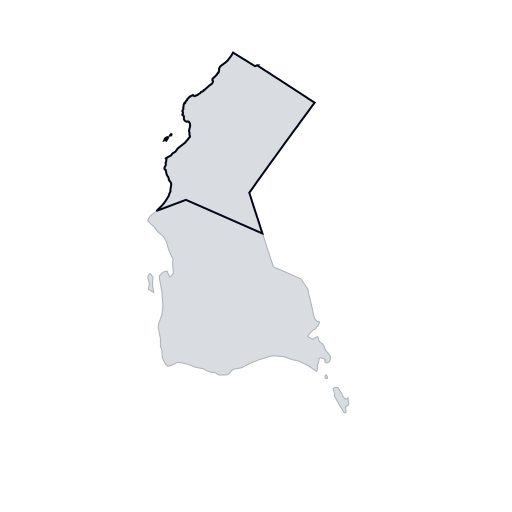 location of Dhofar within Oman, rotated 145°
{"feature_id": "OMN-2411", "entity_name": "Dhofar", "entity_type": "Province", "adm_level": 1, "iso_a3": "OMN", "parent_name": "Oman", "parent_adm1": "", "projection": "albers", "projection_center": [54.841, 18.87], "detail": "fine", "context": "in_parent", "style": "outline", "palette": "ink", "viewbox_px": 512, "rotation_deg": 145, "n_neighbors": 0, "source": "natural_earth", "source_scale": "10m", "svg_char_len": 6215}
<svg xmlns="http://www.w3.org/2000/svg" viewBox="0 0 512 512"><g transform="rotate(145 256 256)"><path d="M158.0,435.6L155.9,430.7L153.8,425.7L151.7,420.8L149.6,415.9L148.1,412.5L145.6,411.2L144.1,407.6L142.6,403.9L141.1,400.2L139.6,396.4L138.0,392.7L136.5,389.0L135.0,385.2L133.5,381.5L132.0,377.8L130.5,374.1L129.0,370.3L127.5,366.6L126.0,362.9L124.5,359.1L123.0,355.4L121.5,351.7L120.0,348.0L125.0,346.3L131.0,344.2L137.1,342.2L143.1,340.2L149.2,338.1L155.2,336.0L161.3,334.0L167.3,331.9L173.3,329.8L179.4,327.7L185.4,325.6L191.4,323.5L197.4,321.4L203.4,319.3L209.4,317.2L215.4,315.1L221.4,313.0L225.2,311.7L226.7,306.7L228.0,302.6L229.2,298.5L230.5,294.4L231.8,290.3L233.0,286.2L234.3,282.1L235.5,278.0L236.8,273.8L238.1,269.7L239.3,265.6L240.6,261.5L241.8,257.4L243.1,253.3L244.3,249.2L245.6,245.1L246.8,241.0L247.9,237.2L245.8,233.6L242.8,228.8L239.7,223.7L236.8,218.9L234.8,215.4L232.2,211.3L232.5,205.9L232.4,203.2L232.7,199.0L235.1,193.3L237.9,186.0L239.9,181.1L241.7,176.9L243.1,173.5L243.9,170.0L243.5,167.5L242.6,166.6L241.8,165.5L244.4,163.6L249.5,162.4L252.3,162.6L256.2,161.7L259.3,160.9L259.5,159.8L258.6,157.9L257.4,155.3L253.0,155.0L251.6,154.3L253.1,150.3L253.1,149.1L252.5,147.6L251.8,145.1L252.1,141.9L253.0,139.7L253.0,138.0L252.6,134.4L252.7,131.2L253.6,129.6L255.2,128.1L256.7,127.3L258.3,127.4L259.6,128.0L260.2,129.7L259.8,130.8L258.9,131.0L258.6,131.5L259.9,133.7L261.8,135.9L263.3,135.5L264.9,133.8L266.6,132.4L268.7,131.1L270.2,128.7L271.5,127.2L272.7,126.9L276.2,136.6L281.4,145.6L286.0,150.6L290.8,157.4L298.0,163.5L301.4,165.6L314.8,169.8L322.1,171.4L332.2,172.8L339.2,176.1L341.5,176.2L345.1,175.1L347.8,175.2L354.6,179.7L356.6,184.1L359.4,186.4L362.0,190.0L363.7,193.8L369.4,199.5L373.6,206.0L377.8,210.8L381.5,213.8L387.0,214.8L391.4,216.1L392.0,219.3L391.7,223.6L390.9,226.8L387.0,233.1L386.1,236.9L381.6,243.3L376.9,253.9L374.6,256.3L366.6,262.0L360.8,268.6L353.9,280.1L348.7,291.5L346.7,295.1L342.4,296.0L339.5,295.7L337.5,294.7L338.2,291.6L338.6,288.1L336.0,288.6L333.7,289.3L328.4,297.8L325.5,301.6L325.0,306.3L323.6,312.3L321.6,317.9L320.7,322.6L320.8,325.3L322.5,331.7L322.7,338.4L323.7,342.3L324.5,347.1L322.0,348.6L319.8,349.4L311.1,350.0L302.3,351.7L294.7,354.6L290.1,357.4L284.2,363.6L280.7,379.3L274.8,385.9L270.8,387.4L261.2,388.0L247.7,389.9L242.9,391.5L235.1,401.1L234.5,404.1L236.0,406.3L236.5,408.7L235.8,410.9L232.2,417.0L228.3,421.4L217.9,424.1L214.1,422.5L210.7,421.7L203.9,421.6L193.0,422.6L188.9,425.8L182.6,428.1L176.7,431.6L165.5,432.9L158.0,435.6ZM269.5,102.2L268.8,103.1L267.8,103.2L265.6,102.5L264.3,100.8L264.5,98.7L264.6,95.0L265.2,91.4L265.0,87.6L263.2,86.9L262.0,87.1L264.8,81.8L265.9,80.9L267.0,81.3L269.5,80.7L270.9,77.8L272.0,76.2L273.1,76.4L273.7,77.3L273.3,81.7L273.3,85.3L272.0,96.5L270.5,98.5L269.8,100.0L269.5,102.2ZM355.5,301.9L353.3,302.5L352.7,302.3L352.6,297.6L357.6,291.6L360.7,284.7L363.2,290.7L359.3,294.2L357.2,300.1L355.5,301.9ZM269.0,117.5L267.6,118.5L266.6,118.4L266.8,116.4L267.4,115.0L268.9,115.1L269.2,115.9L269.0,117.5Z" fill="#d9dde1" stroke="#a8b0b8" stroke-width="1"/><path d="M120.3,348.6L120.0,348.0L124.0,346.7L130.0,344.6L136.0,342.6L142.0,340.6L148.0,338.5L154.1,336.5L160.1,334.4L166.1,332.4L172.1,330.3L178.1,328.2L184.1,326.1L190.1,324.1L196.0,322.0L202.0,319.9L208.0,317.8L214.0,315.7L219.9,313.5L225.2,311.7L226.3,308.1L226.5,307.4L227.2,305.3L228.2,302.1L229.5,297.9L231.0,293.0L232.7,287.4L234.5,281.5L236.4,275.5L237.8,270.8L238.3,271.5L281.2,342.2L311.7,350.0L303.4,351.4L299.1,352.7L293.2,355.2L291.0,356.9L289.5,357.7L288.7,358.3L288.3,359.1L288.0,359.5L284.3,363.3L283.7,364.7L283.6,366.4L283.8,367.6L283.8,368.1L283.7,368.5L283.2,369.2L283.0,369.8L282.7,370.6L282.6,371.0L282.7,372.5L282.4,374.1L280.6,378.4L281.1,379.1L281.0,379.9L280.5,380.6L279.9,381.2L278.3,381.9L277.6,382.3L276.5,384.3L276.3,384.5L275.8,384.6L275.5,384.8L273.9,386.6L273.8,386.9L273.9,387.7L273.5,387.8L267.9,387.1L267.2,387.3L266.2,387.8L265.4,387.9L262.4,387.7L261.7,387.8L259.4,388.7L258.1,389.1L249.1,389.5L245.5,390.5L244.7,390.6L244.3,390.8L244.1,391.0L243.9,391.1L243.3,391.1L243.2,391.1L242.0,391.4L241.7,391.6L241.3,392.2L240.8,393.7L240.4,394.3L239.9,394.9L239.7,395.2L239.2,396.7L239.1,397.0L238.6,397.5L235.3,400.3L234.3,402.1L234.1,402.8L234.0,403.7L234.1,404.7L234.5,405.2L235.7,405.8L236.4,406.6L236.7,407.3L236.7,409.0L236.4,409.7L235.0,411.7L234.9,412.1L234.9,412.6L234.9,413.0L235.1,413.2L235.4,413.4L235.4,413.6L235.3,414.1L235.1,414.3L234.1,414.8L233.8,415.0L233.6,415.3L233.5,415.6L233.3,416.3L233.0,416.9L233.1,417.0L232.7,417.4L231.7,417.8L231.1,418.1L230.9,418.4L230.8,418.9L230.5,419.4L230.0,419.6L228.6,421.3L227.0,422.4L226.8,422.4L226.4,421.9L226.0,422.1L225.6,422.6L225.2,422.9L224.6,423.0L224.1,423.2L223.6,423.3L223.1,423.2L222.5,423.8L221.9,424.0L220.4,424.2L219.2,424.6L218.7,424.6L218.3,424.2L217.8,424.4L217.2,424.3L216.8,424.4L215.6,423.7L215.3,423.9L215.0,423.2L214.9,422.6L214.5,422.1L213.0,421.8L212.0,421.5L211.6,421.4L211.2,421.4L210.4,421.6L210.0,421.6L208.7,421.4L208.3,421.4L207.9,421.5L207.2,421.8L206.9,421.9L205.3,421.4L204.4,421.3L203.7,421.9L203.3,421.7L203.0,421.6L196.4,422.4L193.6,422.4L193.0,422.5L191.4,423.3L191.0,423.6L190.9,423.9L190.9,424.2L191.0,424.5L191.0,424.8L190.9,425.1L190.4,425.5L190.3,425.8L189.9,426.1L189.0,426.3L187.4,426.4L185.2,426.8L184.5,426.9L183.9,427.1L183.1,427.5L182.4,427.8L181.8,427.6L181.1,428.0L180.2,428.8L179.4,429.6L179.1,430.3L178.8,430.7L178.1,431.1L176.8,431.7L175.7,431.9L170.0,432.0L167.0,432.4L161.2,434.3L158.1,435.8L156.0,430.8L153.8,425.7L151.6,420.7L149.5,415.6L148.1,412.5L147.8,412.0L147.2,411.8L145.8,411.7L145.3,411.3L145.6,411.3L144.5,408.6L143.1,405.0L141.6,401.4L140.1,397.8L138.7,394.2L137.2,390.6L135.7,387.0L134.3,383.4L132.8,379.8L131.4,376.2L129.9,372.6L128.5,369.0L127.0,365.4L125.6,361.8L124.1,358.2L122.7,354.5L121.2,350.9L120.3,348.6ZM263.3,401.9L263.5,402.4L263.5,402.5L263.8,402.9L264.3,403.3L264.8,403.4L263.7,404.1L263.1,404.4L262.5,404.5L260.9,404.4L260.4,404.2L260.1,403.4L261.1,402.8L262.4,402.4L263.3,401.9ZM255.6,404.5L255.5,404.2L255.4,404.1L255.6,403.8L256.1,403.6L256.6,403.5L257.3,403.9L257.5,404.0L257.0,404.3L255.9,404.3L255.6,404.5L255.6,404.5Z" fill="none" stroke="#020617" stroke-width="2"/></g></svg>